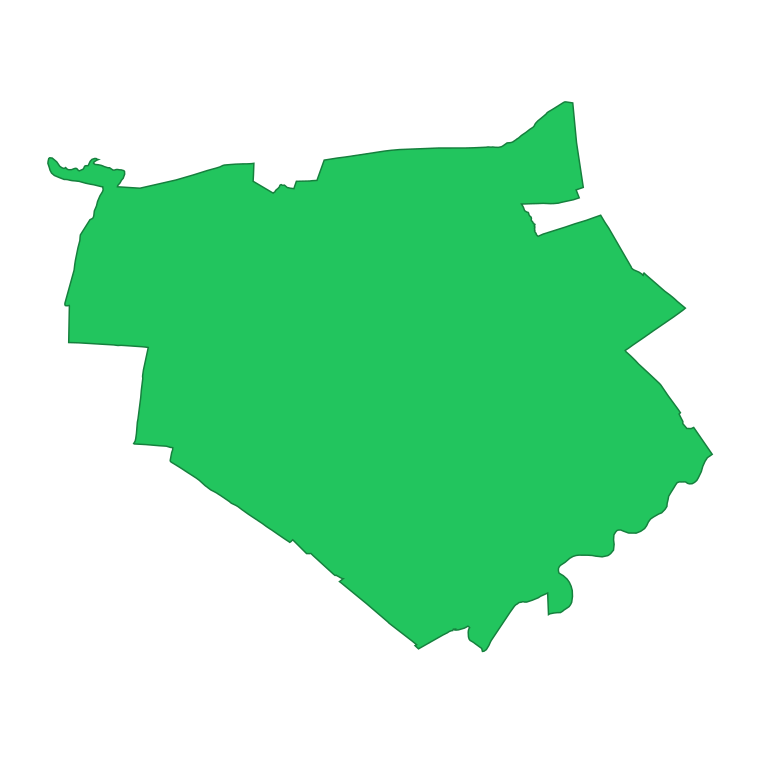 the district of Podoleni, Neamt, Romania, rotated 267°
{"feature_id": "2599482B76653311270288", "entity_name": "Podoleni", "entity_type": "district", "adm_level": 2, "iso_a3": "ROU", "parent_name": "Romania", "parent_adm1": "Neamt", "projection": "orthographic", "projection_center": [26.635, 46.808], "detail": "fine", "context": "isolated", "style": "filled", "palette": "green", "viewbox_px": 768, "rotation_deg": 267, "n_neighbors": 0, "source": "geoboundaries", "source_scale": "gbopen_adm2", "svg_char_len": 6101}
<svg xmlns="http://www.w3.org/2000/svg" viewBox="0 0 768 768"><g transform="rotate(267 384 384)"><path d="M296.6,708.1L324.4,691.0L323.4,688.4L323.8,683.9L324.6,683.5L328.8,680.3L330.9,680.5L335.1,678.6L338.6,677.1L339.8,678.5L342.8,676.7L357.6,667.0L368.5,660.4L369.9,659.3L381.5,648.2L390.8,639.1L394.1,636.4L399.0,631.9L403.5,627.4L404.9,626.6L406.9,630.0L409.7,634.3L418.0,647.8L423.1,655.9L436.3,677.5L442.3,686.7L444.0,688.9L451.1,681.2L452.6,679.8L454.3,678.1L457.8,674.3L461.9,669.3L479.3,651.3L481.2,649.5L480.3,648.9L478.9,648.5L479.1,648.1L480.1,647.5L482.3,644.6L484.7,639.8L485.4,638.7L486.8,637.3L487.9,637.0L528.1,616.5L533.8,613.1L541.2,609.2L539.3,602.7L536.9,594.8L534.0,583.1L531.2,573.2L525.4,550.8L523.4,545.6L524.3,544.7L525.4,543.9L526.3,543.8L528.6,542.4L529.0,542.4L529.3,542.7L530.0,542.4L530.9,542.7L531.4,542.4L531.8,542.5L532.2,542.8L532.5,542.8L532.9,542.6L533.2,542.5L533.6,542.8L534.1,542.4L534.4,542.5L535.2,543.1L535.6,543.0L536.0,542.1L536.8,541.8L537.0,541.3L537.3,541.1L538.5,540.8L539.2,539.9L539.8,539.6L541.8,539.9L543.0,539.6L544.1,538.4L545.7,537.5L546.8,537.4L547.4,537.2L547.9,536.8L548.2,535.6L549.7,533.6L550.9,533.1L552.5,532.7L554.4,531.9L556.5,530.7L556.3,542.8L556.2,545.0L556.1,552.4L555.4,559.5L555.3,562.9L555.5,567.7L556.1,570.5L558.1,582.8L559.7,588.7L567.8,586.0L569.9,593.3L614.9,588.9L654.8,587.2L655.4,584.4L656.2,580.3L656.2,579.3L656.1,578.8L655.4,577.4L648.8,565.5L647.6,563.1L646.8,561.7L646.2,560.9L645.1,560.0L641.1,554.7L638.9,551.6L637.1,549.7L636.0,548.7L633.4,547.2L632.5,546.1L630.6,542.8L627.9,539.0L625.0,534.2L622.5,531.1L622.1,530.3L622.1,530.1L621.0,528.6L618.8,524.9L618.4,522.9L618.3,519.5L615.6,515.3L614.8,513.7L614.3,510.7L614.6,507.3L615.0,504.9L614.9,503.3L615.3,500.3L615.1,498.3L615.2,485.5L615.4,478.2L616.8,450.4L617.3,411.7L617.0,403.3L616.6,397.1L612.7,357.3L612.1,349.2L610.7,336.0L590.8,327.7L590.8,323.0L590.6,320.3L591.0,307.1L584.8,304.6L583.8,304.3L584.5,300.3L585.0,298.9L585.1,298.0L585.5,297.4L587.8,295.0L587.7,293.0L588.5,291.7L588.0,290.6L586.9,290.0L586.2,289.8L584.7,288.2L583.5,286.5L582.7,285.7L581.8,285.3L581.1,284.4L580.9,283.7L580.4,283.3L593.3,263.9L599.8,264.6L611.2,265.6L611.0,263.5L611.0,258.8L611.2,254.5L611.3,247.3L611.2,242.4L611.0,236.0L610.6,234.3L609.4,231.6L608.4,227.7L606.4,218.6L605.3,214.4L602.8,204.7L598.6,186.9L592.3,150.5L594.9,128.1L596.2,128.5L598.6,130.9L601.2,132.5L603.1,134.3L607.1,136.0L609.9,136.0L610.7,135.3L611.6,132.7L611.7,131.2L612.2,129.1L612.2,127.8L611.7,125.9L611.8,124.6L614.3,121.3L614.4,119.6L615.8,115.9L616.4,114.8L617.2,112.9L617.9,110.1L618.4,106.9L619.6,105.5L620.9,106.1L622.4,108.6L623.1,110.5L623.4,109.3L624.1,108.7L624.4,107.1L623.6,104.1L621.7,102.2L617.6,100.0L617.5,99.2L617.6,97.8L617.4,96.8L616.4,96.0L615.2,95.5L614.2,94.6L612.8,90.8L613.3,89.9L614.5,89.1L615.2,88.4L615.5,87.7L615.5,86.8L615.1,85.3L614.4,83.3L614.4,81.3L614.6,79.8L615.2,78.8L616.8,77.4L616.2,76.4L616.1,75.3L616.8,73.7L618.4,71.6L623.0,68.8L627.0,64.5L627.4,62.0L626.7,61.0L623.9,60.2L621.9,59.9L618.0,61.0L615.0,61.7L612.1,63.0L609.5,65.7L607.3,70.2L605.0,75.3L604.9,77.0L604.7,78.5L603.8,81.5L603.4,83.2L603.0,86.1L602.3,90.2L601.4,92.8L600.1,96.7L598.8,101.6L598.2,104.4L595.8,112.3L595.7,113.4L592.6,113.7L590.7,112.9L586.8,110.2L581.3,107.5L576.9,106.2L572.0,103.8L567.2,103.0L565.6,102.4L564.9,101.9L564.2,100.8L563.5,99.0L548.8,88.6L546.5,88.2L543.2,87.8L536.0,85.5L523.6,82.3L519.3,81.4L514.0,80.5L481.4,69.6L479.8,69.5L479.0,69.9L478.7,71.6L478.9,73.8L478.5,73.9L441.9,71.3L441.1,81.3L438.3,106.1L437.2,116.0L436.4,120.2L436.4,123.5L435.9,127.8L433.9,144.2L433.3,148.1L432.8,150.5L410.6,144.5L404.4,143.3L402.1,143.4L390.3,141.3L383.5,140.4L362.0,136.5L358.8,135.7L347.6,134.2L342.4,133.2L340.0,132.5L337.6,130.9L337.2,131.6L336.0,142.8L334.1,156.5L333.3,163.4L331.9,167.3L331.5,169.7L329.3,169.5L326.7,168.4L318.9,166.5L318.1,166.6L317.2,167.3L311.5,175.6L306.0,183.1L299.8,191.7L297.4,194.6L291.9,200.0L287.2,205.6L285.8,208.1L283.9,211.2L282.6,212.9L281.3,214.8L274.5,223.7L273.7,224.4L272.9,225.4L270.5,229.8L269.1,231.9L266.1,235.4L261.0,241.8L251.0,255.3L248.0,258.9L245.0,262.9L244.1,264.2L239.2,270.5L234.1,277.2L231.7,280.5L230.8,281.6L231.5,282.8L233.2,284.7L218.7,297.8L218.5,300.8L218.6,302.2L216.6,304.0L196.8,323.5L195.4,325.1L195.5,326.5L195.2,326.7L194.7,327.4L194.4,328.1L193.0,330.1L191.8,332.4L191.7,333.0L189.0,329.2L188.2,330.2L165.7,354.9L146.2,375.4L144.8,376.6L125.7,398.8L121.9,402.9L121.1,401.3L117.7,404.6L130.7,430.6L131.0,431.6L131.4,432.1L132.0,433.8L133.5,436.4L134.1,438.4L134.2,439.8L135.5,440.4L135.5,442.6L134.6,442.1L134.5,443.5L134.6,445.6L136.0,451.5L137.2,454.1L137.7,454.9L137.5,455.7L137.2,456.0L136.8,456.2L136.1,456.8L135.1,456.0L134.4,455.7L133.6,455.4L131.7,455.1L127.3,455.1L126.1,455.3L124.5,455.8L123.3,456.7L122.9,457.4L121.7,459.2L114.8,467.7L111.8,468.3L111.9,469.8L113.4,472.3L117.3,475.0L121.0,476.9L122.3,477.7L149.4,497.9L155.4,502.7L156.6,504.0L157.5,505.8L158.3,506.8L158.6,507.2L159.0,509.7L159.0,510.1L159.4,511.3L158.9,512.9L158.8,515.2L159.7,518.5L160.3,520.7L162.5,527.0L163.8,529.1L165.2,532.7L166.7,536.5L145.1,536.2L145.8,537.5L146.4,541.6L146.6,545.0L146.5,548.2L147.8,550.6L148.6,551.5L150.7,555.1L152.0,557.2L154.0,558.8L156.2,560.0L161.9,561.1L167.9,561.2L172.2,560.3L176.3,558.7L179.6,556.6L183.2,553.0L185.4,549.7L186.3,548.7L188.7,548.4L190.8,548.6L192.4,549.5L193.6,550.6L196.6,555.7L200.2,560.3L201.9,563.7L202.7,566.8L202.9,569.6L202.4,578.1L201.9,582.8L201.0,586.5L200.0,592.9L200.9,598.5L201.8,600.1L202.9,601.6L206.1,604.5L211.8,605.4L216.4,605.1L221.4,605.7L224.2,607.7L225.5,609.0L225.9,610.5L225.8,612.8L224.5,615.5L222.4,620.4L221.9,628.1L223.5,632.7L226.0,636.7L228.8,638.9L232.2,640.7L235.2,643.1L237.1,646.2L239.8,651.5L240.8,654.5L244.1,658.1L246.9,660.1L249.9,660.5L253.6,661.6L257.0,662.4L260.9,665.0L264.4,667.5L268.1,670.0L270.1,671.6L270.8,673.9L270.6,676.1L270.5,679.9L268.9,682.0L268.3,683.8L268.3,686.5L269.5,689.0L271.3,691.3L273.9,693.0L279.9,696.3L285.0,698.0L289.9,700.5L293.5,703.1L296.6,708.1Z" fill="#22c55e" stroke="#15803d" stroke-width="1.5"/></g></svg>